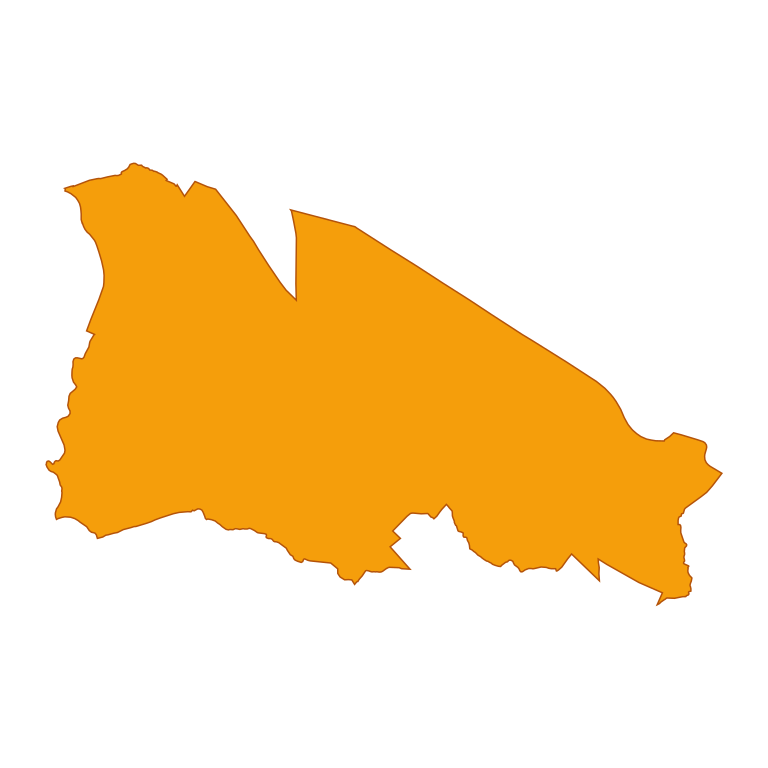 Tzompantepec, Tlaxcala, Mexico (Robinson projection)
{"feature_id": "50627088B59818276904858", "entity_name": "Tzompantepec", "entity_type": "district", "adm_level": 2, "iso_a3": "MEX", "parent_name": "Mexico", "parent_adm1": "Tlaxcala", "projection": "robinson", "projection_center": [-98.081, 19.383], "detail": "fine", "context": "isolated", "style": "filled", "palette": "amber", "viewbox_px": 768, "rotation_deg": 0, "n_neighbors": 0, "source": "geoboundaries", "source_scale": "gbopen_adm2", "svg_char_len": 6013}
<svg xmlns="http://www.w3.org/2000/svg" viewBox="0 0 768 768"><path d="M82.2,223.2L82.4,223.1L83.6,226.5L85.1,229.5L87.2,232.2L89.7,234.3L94.4,240.2L95.5,242.2L96.8,245.6L99.0,252.3L101.6,261.0L103.6,270.1L104.1,275.6L103.9,282.6L103.5,286.4L98.9,299.5L90.9,319.3L86.6,330.9L94.5,334.4L93.8,335.1L90.1,341.2L89.7,342.4L88.9,347.0L85.3,353.6L84.0,357.2L82.9,358.4L81.8,358.8L77.2,357.8L75.4,357.9L73.8,359.1L73.0,361.7L73.1,364.4L72.9,367.0L72.2,369.2L72.0,371.8L71.9,375.4L72.1,377.8L73.5,382.1L75.8,385.1L76.7,386.9L75.1,389.3L70.2,393.4L69.0,396.3L68.6,400.9L67.8,405.2L68.5,408.1L70.0,410.9L70.1,413.5L68.1,416.3L65.9,417.3L62.6,418.2L59.7,420.0L58.3,422.4L57.2,426.7L58.1,431.2L64.1,445.0L65.0,450.2L64.5,453.1L59.8,460.0L58.2,461.0L56.1,460.7L55.3,461.1L54.4,462.1L53.8,463.8L52.6,464.3L50.0,461.8L48.8,461.0L47.3,461.3L46.6,462.3L46.4,463.8L46.1,464.6L47.1,467.2L49.1,470.2L51.1,471.5L53.4,472.2L55.9,474.1L57.3,475.4L59.6,481.9L60.2,485.0L61.7,487.1L62.0,488.8L61.7,491.0L62.0,492.7L61.6,497.4L60.6,501.9L58.1,506.7L56.5,508.9L55.4,512.8L55.3,514.4L55.6,516.9L56.5,519.4L58.3,518.5L61.9,517.4L64.9,516.8L70.6,517.2L74.8,518.6L78.2,520.6L80.0,522.1L86.7,526.7L89.3,530.6L91.4,532.2L94.8,533.0L96.3,534.7L97.4,538.4L102.8,537.0L105.8,535.2L108.1,534.8L113.8,533.2L117.5,532.5L123.3,529.6L124.4,529.3L130.9,527.6L134.0,526.6L135.9,526.5L146.8,523.2L151.4,521.6L155.0,519.9L160.4,517.9L173.4,513.7L179.2,512.4L187.6,511.7L190.9,511.8L191.3,511.6L192.5,510.2L194.1,510.8L197.7,508.9L199.0,508.9L200.3,509.2L201.9,510.1L203.1,512.2L204.7,516.2L205.4,518.4L206.5,519.5L207.8,519.0L211.6,519.7L215.2,521.0L217.9,523.2L219.8,524.4L222.3,526.7L226.0,529.3L228.4,529.9L229.9,529.5L233.0,529.7L235.2,528.7L237.0,528.8L239.8,529.4L243.1,528.7L244.7,529.0L247.2,529.0L249.2,528.3L250.7,528.6L254.4,530.5L257.4,532.6L258.6,532.9L264.7,533.7L265.7,534.1L266.2,534.3L266.4,534.7L266.5,535.3L266.1,536.7L266.2,537.3L266.5,537.7L268.3,538.5L270.5,538.6L271.5,538.9L272.4,539.6L273.6,541.2L274.7,541.7L276.3,541.8L278.7,542.6L286.3,548.2L287.4,550.4L290.3,554.7L292.9,556.3L293.8,558.7L295.1,560.1L297.7,561.3L301.2,562.4L302.7,561.6L303.6,559.3L304.7,558.9L307.9,560.3L310.3,560.9L330.7,563.0L337.7,568.8L337.8,573.5L340.1,577.0L344.6,579.8L348.5,579.6L351.8,579.9L354.6,584.4L356.5,582.1L357.1,581.6L357.9,581.5L358.5,580.3L359.6,578.8L362.2,575.9L365.6,570.8L366.6,570.5L368.4,570.8L370.7,571.6L372.0,571.9L373.8,571.7L375.9,571.9L376.7,571.7L379.2,572.1L381.0,572.0L382.6,571.3L386.0,568.8L388.2,567.6L389.5,567.3L399.2,567.7L401.6,568.7L410.0,569.2L390.1,546.8L400.4,538.4L392.7,531.0L407.0,516.3L410.4,513.5L411.9,513.1L413.5,513.1L421.3,513.8L427.6,513.5L428.0,513.7L430.9,517.0L432.7,517.6L433.9,518.8L436.8,516.2L439.7,512.1L441.9,509.3L446.4,504.4L448.5,506.7L449.1,507.6L452.1,511.0L452.3,512.4L452.4,515.9L453.1,518.1L454.3,521.1L454.4,522.6L455.6,525.2L456.4,525.7L458.0,530.8L458.8,531.4L461.3,532.0L463.1,532.9L463.2,533.4L463.1,535.8L463.5,536.7L464.0,537.2L465.5,537.2L466.3,537.4L466.9,538.0L467.4,540.3L468.8,542.9L469.4,545.2L469.8,548.8L472.3,550.1L473.7,551.4L475.4,552.5L477.9,555.1L481.0,556.9L481.3,557.4L484.1,559.5L486.5,561.0L488.2,561.4L489.4,562.3L490.7,562.8L492.6,564.3L495.1,565.3L498.5,566.3L500.6,566.5L501.9,565.1L505.6,562.3L507.5,561.8L508.8,560.4L510.0,560.1L511.3,560.4L512.9,561.4L513.4,562.8L514.5,564.9L517.9,567.4L519.0,568.8L519.9,570.8L521.0,571.9L522.5,571.7L525.1,569.9L528.7,568.5L531.1,568.5L532.9,568.8L534.2,568.6L541.1,567.0L546.3,567.4L548.9,568.3L551.3,568.7L555.6,568.7L556.4,571.0L556.9,571.0L558.5,570.0L561.8,567.1L567.7,558.8L571.6,554.0L599.4,580.8L598.9,573.7L599.2,567.6L598.4,562.6L598.2,559.0L607.0,564.5L638.9,582.5L662.4,592.8L657.2,604.7L659.4,603.6L661.0,602.0L664.3,599.7L665.4,599.1L666.1,598.4L667.0,598.0L674.5,598.3L682.5,596.7L685.7,596.6L686.6,595.6L688.2,595.0L688.7,594.5L688.9,593.5L688.6,593.1L688.6,592.1L688.9,591.7L690.9,591.1L690.9,588.8L690.5,586.8L690.1,585.9L690.0,585.0L690.5,583.2L691.3,581.1L691.9,578.0L691.6,577.6L689.7,575.6L689.1,574.7L688.0,572.4L687.8,570.7L688.1,568.5L687.9,567.4L688.7,566.5L688.6,565.9L684.2,563.9L683.6,563.3L683.7,562.2L684.6,561.0L684.4,559.4L683.9,557.7L684.0,556.2L684.6,554.6L684.6,553.0L684.3,551.5L684.7,547.9L686.5,545.9L686.7,544.8L686.1,543.8L684.7,542.9L683.9,542.0L680.8,532.8L680.7,530.5L680.9,527.4L680.6,525.6L679.8,524.6L678.1,524.5L678.1,520.3L678.6,517.8L679.3,516.8L681.0,516.2L681.2,515.9L681.5,514.0L681.8,513.7L682.8,513.5L683.4,513.1L684.5,509.2L685.4,508.1L701.2,496.6L706.7,492.3L712.4,485.8L721.9,473.3L710.1,466.3L708.2,464.8L706.3,462.7L704.9,459.7L704.6,456.5L704.8,454.4L706.4,448.7L706.7,447.1L706.4,445.0L704.8,442.7L703.0,441.6L697.7,439.8L681.5,434.9L673.6,432.8L669.7,436.5L664.7,439.8L664.2,441.0L655.9,440.8L651.4,440.1L646.6,439.1L640.9,436.6L636.7,433.7L632.9,430.4L631.5,428.9L628.0,424.5L624.3,417.8L620.7,409.4L616.0,401.4L613.1,397.3L610.6,394.3L604.9,388.3L596.6,381.6L567.1,362.4L532.6,340.8L522.2,334.5L490.3,313.8L469.3,299.9L443.0,283.2L417.2,266.4L390.5,249.7L356.7,228.0L355.1,226.8L290.7,209.9L291.5,211.1L293.6,221.1L295.9,233.2L296.4,237.8L295.9,283.6L296.3,300.2L286.1,290.2L280.1,282.3L268.4,265.1L258.5,249.7L253.5,241.3L249.8,236.2L236.2,215.4L215.6,189.2L207.3,186.7L195.3,181.6L195.0,181.5L184.5,196.3L177.2,184.8L176.7,185.9L176.4,186.2L176.0,186.2L174.1,183.9L166.2,180.5L167.1,179.3L162.7,175.3L161.2,174.2L157.3,172.4L157.2,172.1L154.5,171.2L153.9,171.4L152.4,170.3L149.7,170.0L148.9,168.8L148.1,168.2L146.7,167.8L145.4,168.0L144.9,167.5L142.9,166.6L142.2,166.0L141.6,165.2L138.3,165.3L135.5,163.5L133.8,163.3L131.6,163.9L130.1,164.5L128.7,167.2L127.2,168.9L124.6,170.5L122.0,171.7L121.3,172.6L121.4,174.0L118.6,175.4L116.9,175.6L115.1,175.4L107.5,176.9L100.7,178.6L98.7,178.5L97.1,178.7L89.4,180.3L73.3,186.5L73.0,186.5L73.1,185.9L70.7,186.4L64.9,188.3L65.3,188.5L65.0,191.0L67.4,191.8L71.0,193.7L75.7,197.4L77.7,200.2L79.5,203.4L80.5,207.0L80.9,210.1L81.2,213.9L81.2,219.6L82.2,223.2Z" fill="#f59e0b" stroke="#b45309" stroke-width="1.5"/></svg>